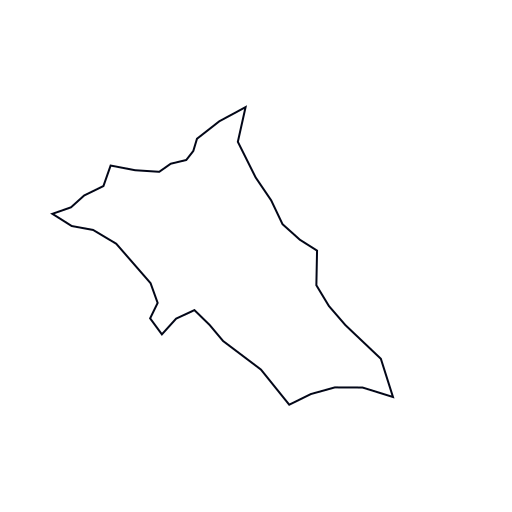 map outline of Mbale (Equal Earth projection), rotated 304°
{"feature_id": "UGA-3115", "entity_name": "Mbale", "entity_type": "County", "adm_level": 1, "iso_a3": "UGA", "parent_name": "Uganda", "parent_adm1": "", "projection": "equal_earth", "projection_center": [34.184, 1.003], "detail": "fine", "context": "isolated", "style": "outline", "palette": "ink", "viewbox_px": 512, "rotation_deg": 304, "n_neighbors": 0, "source": "natural_earth", "source_scale": "10m", "svg_char_len": 652}
<svg xmlns="http://www.w3.org/2000/svg" viewBox="0 0 512 512"><g transform="rotate(304 256 256)"><path d="M188.0,133.3L186.5,106.4L177.8,86.5L177.1,63.6L192.9,75.4L210.1,79.7L228.7,90.4L249.7,84.9L259.5,107.8L271.7,128.7L284.8,133.7L296.6,144.5L308.0,145.3L320.2,141.5L347.3,150.3L373.6,164.1L340.5,177.1L320.9,211.8L310.6,237.5L297.2,260.2L294.0,283.3L294.6,303.6L265.5,322.4L255.3,344.4L248.7,368.7L240.6,417.0L215.7,448.4L206.5,417.8L191.1,394.8L172.4,378.8L151.3,366.7L164.6,323.6L167.1,276.3L172.9,256.1L176.7,235.2L159.4,224.8L138.4,221.8L145.1,203.1L162.1,200.7L174.5,183.8L188.0,133.3Z" fill="none" stroke="#020617" stroke-width="2"/></g></svg>